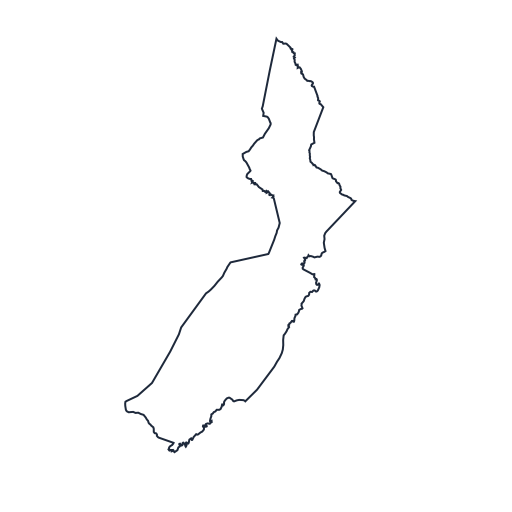 the district of El Negrito, Yoro, Honduras, rotated 19°
{"feature_id": "27666195B11241379941292", "entity_name": "El Negrito", "entity_type": "district", "adm_level": 2, "iso_a3": "HND", "parent_name": "Honduras", "parent_adm1": "Yoro", "projection": "robinson", "projection_center": [-87.687, 15.452], "detail": "fine", "context": "isolated", "style": "outline", "palette": "slate", "viewbox_px": 512, "rotation_deg": 19, "n_neighbors": 0, "source": "geoboundaries", "source_scale": "gbopen_adm2", "svg_char_len": 6076}
<svg xmlns="http://www.w3.org/2000/svg" viewBox="0 0 512 512"><g transform="rotate(19 256 256)"><path d="M204.6,43.9L208.6,75.9L213.6,112.2L213.6,114.8L216.6,118.1L217.2,121.2L220.9,120.7L222.0,121.0L223.5,122.1L225.9,125.0L226.6,125.6L227.0,126.9L226.5,131.0L224.6,137.6L224.0,141.7L221.4,143.5L221.1,144.0L220.9,144.7L220.5,145.0L219.5,146.1L217.7,150.4L217.1,152.7L216.2,154.8L215.6,157.4L214.9,159.4L213.0,160.7L210.2,163.9L211.1,166.3L213.0,168.8L213.5,169.3L215.0,169.8L216.5,170.7L220.9,174.7L221.5,175.6L223.0,177.0L223.0,177.5L221.1,181.3L221.0,182.7L221.3,184.3L221.6,184.6L223.1,185.1L224.7,185.2L226.3,184.8L227.4,186.5L228.2,186.0L228.5,186.1L228.4,187.8L229.0,187.2L230.1,188.1L230.6,188.1L230.8,187.9L230.6,187.6L230.7,187.4L231.5,187.2L231.7,187.4L231.1,188.3L231.3,188.7L233.4,188.0L236.3,189.9L240.5,191.0L241.2,192.3L242.6,191.8L243.4,192.3L244.8,192.5L244.3,191.6L244.5,191.1L245.2,191.5L245.5,192.6L246.1,191.9L245.9,191.1L246.2,190.8L248.3,192.0L248.5,193.4L248.9,194.0L249.3,193.9L249.1,192.9L249.2,192.7L251.1,193.3L252.6,193.1L252.5,193.7L253.1,194.1L252.5,195.4L253.5,195.3L254.2,195.9L267.7,217.1L268.1,221.8L267.6,225.0L268.0,227.4L267.8,231.0L267.9,234.7L267.2,248.8L267.0,250.1L234.2,270.2L233.9,270.6L232.5,275.8L232.4,277.5L231.5,282.1L231.2,285.7L230.6,287.4L228.2,292.7L226.4,297.8L224.3,302.3L222.8,305.0L220.9,307.6L208.5,347.9L208.6,355.2L206.0,374.3L199.0,409.9L189.4,426.9L180.8,435.3L180.0,436.3L180.3,438.0L181.2,440.3L183.0,443.7L183.8,444.5L184.5,444.9L186.5,445.2L190.6,443.4L193.2,443.6L195.7,442.5L198.5,442.9L201.4,442.8L204.3,444.6L206.0,446.1L207.6,447.0L208.8,448.7L209.9,449.4L211.0,449.7L212.2,450.5L214.7,451.4L215.6,452.7L216.6,455.6L217.9,456.5L219.1,456.2L219.7,456.4L220.6,457.3L220.8,458.3L222.3,459.2L223.2,459.4L238.9,459.5L238.9,460.1L238.3,461.9L236.7,463.9L236.2,465.3L236.5,466.3L236.2,467.3L237.3,468.1L237.7,468.1L237.7,467.8L237.9,467.4L239.7,466.8L240.0,468.0L240.5,467.6L240.4,466.6L240.7,466.4L241.3,466.7L242.2,467.7L242.8,468.0L244.9,465.2L244.9,462.3L245.9,460.9L245.9,460.6L245.5,459.8L244.7,458.9L244.7,458.6L245.3,458.2L247.0,459.6L247.4,459.4L247.9,458.9L248.0,458.4L247.5,456.9L247.8,456.3L248.2,456.1L250.2,457.4L251.4,459.0L251.7,459.2L251.9,458.3L251.9,457.5L250.7,455.9L250.6,455.2L251.1,454.9L252.6,455.6L253.0,455.4L253.2,454.4L252.8,451.3L254.0,449.6L255.2,450.8L255.6,450.6L256.0,447.4L257.0,445.1L257.3,444.1L257.6,443.9L258.5,444.1L259.3,443.6L261.0,440.9L262.2,439.7L263.0,437.8L263.2,436.9L262.9,435.9L262.7,435.4L261.3,434.4L261.2,433.5L261.9,433.2L263.4,434.1L264.8,433.3L264.9,433.0L264.8,432.8L263.3,432.2L263.2,431.7L263.4,431.1L264.8,430.0L266.9,429.7L267.4,428.4L268.2,427.5L267.7,426.4L266.8,427.4L266.5,427.4L266.2,427.0L265.9,424.8L265.9,421.8L265.4,420.7L265.4,420.2L266.4,419.1L266.9,417.4L268.2,416.2L268.9,414.2L271.3,413.4L272.3,412.3L272.6,409.8L272.3,407.4L272.8,407.2L273.6,407.8L273.9,407.3L274.0,406.4L273.4,404.7L273.4,403.8L274.0,401.9L274.8,400.1L276.2,398.9L277.1,398.6L280.3,399.5L281.8,400.6L282.6,400.6L284.9,398.7L287.0,397.5L291.0,396.4L292.4,396.5L293.2,396.9L300.5,382.1L309.3,354.7L310.3,349.1L311.4,344.9L312.0,339.4L311.8,335.7L310.8,331.4L309.0,326.5L308.0,322.0L308.7,320.1L309.4,317.2L309.6,314.9L310.4,312.6L309.6,312.1L309.5,311.8L309.7,311.6L309.2,311.2L309.1,310.6L309.8,310.1L309.5,309.0L310.4,307.9L311.1,305.7L312.0,305.4L312.7,306.0L313.3,305.7L313.2,304.5L312.6,302.3L312.8,299.8L312.5,298.6L314.0,297.7L314.0,297.2L314.5,296.0L314.6,294.4L314.4,292.9L315.7,291.5L316.7,290.9L317.0,290.3L315.1,288.1L314.8,286.5L314.6,286.2L315.8,283.2L315.8,280.4L316.2,278.5L316.8,277.8L318.4,276.7L318.8,275.2L318.3,273.6L319.1,272.1L320.7,271.8L321.5,270.0L322.1,269.6L322.8,269.5L324.4,270.1L325.2,269.5L325.7,268.4L326.0,265.0L325.6,262.7L324.6,261.5L324.3,261.6L324.1,262.8L323.7,263.2L322.8,263.4L322.1,262.9L321.5,261.8L321.5,259.4L321.1,258.4L320.7,258.1L319.9,258.7L319.1,257.6L317.8,257.0L317.1,254.1L316.8,254.1L316.1,254.8L315.2,254.9L312.4,254.3L305.2,253.2L304.3,252.8L303.9,251.8L304.3,249.8L304.2,249.2L303.6,249.0L301.9,249.4L301.5,249.1L301.9,248.1L303.8,247.5L304.1,246.8L304.0,246.2L303.2,245.2L303.8,244.4L303.8,243.7L302.0,242.0L302.5,241.7L304.6,241.5L304.8,240.3L305.4,239.3L305.4,238.2L306.6,238.9L307.8,238.2L310.2,238.1L311.7,238.3L314.3,236.6L316.4,236.1L317.1,235.3L317.5,234.4L317.3,232.5L317.4,231.9L317.9,231.1L319.4,229.7L320.1,228.7L318.2,226.0L315.8,221.4L315.3,217.7L313.9,214.6L314.0,211.8L314.6,210.0L332.0,171.8L330.0,172.1L328.5,172.0L328.0,171.8L327.3,170.8L326.5,170.5L323.8,170.2L322.4,169.7L319.6,170.0L318.8,169.7L317.6,169.9L315.0,169.1L314.6,168.7L314.4,168.1L315.0,165.8L313.7,164.4L313.3,163.0L312.0,161.9L311.1,160.6L310.3,160.2L309.6,160.6L309.2,160.5L307.3,159.3L306.8,158.1L306.4,157.8L305.0,157.6L303.9,157.7L302.9,157.4L300.8,154.7L300.1,154.1L296.9,154.5L295.7,154.0L293.0,153.6L290.7,153.7L289.0,153.0L285.8,152.4L284.4,152.6L282.3,150.9L281.7,150.9L281.5,151.2L281.1,151.0L280.8,151.2L280.7,150.8L279.6,150.5L278.6,149.8L276.8,149.1L276.0,147.4L275.0,146.0L274.9,144.7L274.2,143.6L273.5,141.5L272.7,140.5L272.4,139.2L271.8,138.7L272.2,134.5L271.9,132.6L274.4,129.9L272.8,126.8L272.2,124.8L271.3,123.1L270.3,120.0L271.2,93.4L267.8,91.4L266.6,91.4L266.3,91.2L266.0,90.5L266.0,89.1L265.4,88.6L264.3,88.7L263.9,88.5L263.4,86.5L262.2,85.3L262.2,84.8L255.8,77.0L255.0,77.3L253.5,77.1L253.2,76.8L253.1,76.5L253.2,75.5L253.7,74.5L253.5,73.8L253.1,73.4L252.4,73.1L250.8,72.8L249.9,73.2L249.1,73.2L247.4,73.7L246.3,73.0L245.6,72.9L244.2,72.4L242.8,71.2L241.4,69.1L240.6,68.7L239.7,68.8L239.3,68.5L238.8,67.4L239.4,67.1L239.3,66.5L237.4,64.4L235.8,63.4L235.2,63.6L234.2,64.6L233.7,62.6L233.1,61.5L232.7,61.7L232.1,62.5L231.2,62.3L230.7,61.2L229.6,60.2L229.1,59.4L228.7,57.9L227.6,56.9L228.1,55.7L226.8,55.3L227.3,53.5L226.8,52.7L226.7,51.8L225.5,51.9L225.0,51.1L224.2,51.3L223.7,51.2L223.4,50.2L222.9,49.8L223.2,48.9L223.0,48.5L221.4,48.8L221.0,48.4L220.9,47.8L215.8,45.4L214.7,45.5L212.7,46.4L211.1,45.2L209.8,45.6L206.9,45.3L206.0,44.9L204.6,43.9Z" fill="none" stroke="#1e293b" stroke-width="2"/></g></svg>